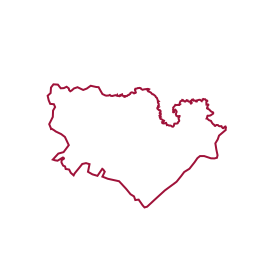 the district of Kolokani, Koulikoro, Mali, rotated 136°
{"feature_id": "8926073B69551700582235", "entity_name": "Kolokani", "entity_type": "district", "adm_level": 2, "iso_a3": "MLI", "parent_name": "Mali", "parent_adm1": "Koulikoro", "projection": "mercator", "projection_center": [-8.433, 13.688], "detail": "fine", "context": "isolated", "style": "outline", "palette": "rose", "viewbox_px": 256, "rotation_deg": 136, "n_neighbors": 0, "source": "geoboundaries", "source_scale": "gbopen_adm2", "svg_char_len": 4427}
<svg xmlns="http://www.w3.org/2000/svg" viewBox="0 0 256 256"><g transform="rotate(136 128 128)"><path d="M59.1,58.7L58.6,59.3L57.4,60.2L57.2,60.3L57.1,60.7L56.8,61.3L56.9,61.5L57.3,61.6L58.4,61.7L59.4,61.6L59.9,62.1L59.8,63.6L59.5,64.4L60.8,65.5L61.3,66.5L61.3,67.7L62.4,68.8L63.8,68.9L64.1,69.4L63.8,70.6L64.1,71.6L64.0,72.7L64.0,73.2L63.4,75.5L64.0,76.7L64.3,77.3L64.5,79.6L64.9,80.2L64.3,80.4L63.5,80.8L62.8,81.4L62.6,81.5L62.1,81.5L61.4,80.7L60.1,79.8L59.1,79.6L56.8,79.2L56.6,79.4L56.2,79.6L56.0,80.3L56.5,81.4L56.7,82.0L56.8,83.7L56.7,84.7L57.5,86.9L57.5,87.3L57.3,87.5L56.8,87.4L56.6,87.3L56.5,87.5L55.7,88.5L55.2,88.7L54.7,88.7L54.3,88.7L54.0,89.0L54.1,89.4L55.3,90.4L53.8,92.1L53.3,92.4L52.9,92.3L52.2,92.3L52.0,92.6L52.2,93.2L52.7,93.7L52.5,95.0L52.9,95.3L53.7,96.6L54.2,96.6L55.0,97.2L54.6,96.4L55.1,96.1L55.9,96.4L56.3,96.2L56.6,98.2L57.3,98.9L58.6,99.6L59.3,100.0L59.5,99.8L60.0,99.3L60.6,99.7L60.7,100.9L61.0,101.7L61.7,101.9L61.9,102.9L61.5,103.4L61.8,103.6L62.3,103.9L63.5,103.6L64.2,103.0L64.8,102.6L64.6,102.0L64.9,101.8L65.0,101.7L65.5,101.7L65.8,101.9L65.7,102.4L64.9,103.4L64.7,104.0L65.4,104.1L66.0,104.9L66.2,105.8L65.9,106.4L66.3,107.0L66.5,107.3L67.8,107.1L68.5,107.3L68.6,107.8L69.0,108.0L69.1,109.9L69.8,109.9L69.8,110.5L70.6,110.3L71.3,110.6L71.6,110.8L72.9,110.3L74.0,109.7L74.5,109.2L74.3,108.9L74.8,108.9L75.1,108.9L75.7,109.5L76.2,110.1L77.4,111.0L77.9,111.8L79.2,111.4L79.8,111.4L81.3,111.3L82.0,110.4L83.0,109.8L83.0,109.0L84.5,108.2L84.5,107.8L83.9,107.4L83.5,107.7L82.7,108.1L81.5,108.3L81.2,108.2L81.5,106.3L81.8,105.8L83.0,105.3L84.0,104.7L84.7,103.2L84.4,102.7L84.4,101.9L83.0,101.2L82.6,100.8L83.0,100.4L84.3,100.1L85.2,99.5L85.8,98.0L86.5,97.4L87.9,97.4L88.9,96.9L89.0,96.9L89.7,97.2L90.9,98.3L91.1,98.5L91.7,98.9L93.6,97.7L94.1,97.7L94.3,97.7L94.8,97.7L95.3,98.4L95.4,99.3L95.6,100.0L96.1,100.7L96.7,101.1L97.4,102.8L98.0,103.1L97.4,104.3L97.0,105.2L97.5,105.6L98.3,105.8L99.4,106.7L99.9,107.6L99.5,108.2L99.4,108.5L98.8,108.2L98.6,108.1L97.4,108.0L97.0,108.2L97.5,109.5L97.8,111.0L98.3,112.1L97.7,113.5L96.7,113.2L96.6,114.1L96.8,115.0L96.3,115.1L95.2,114.8L94.7,115.4L94.4,115.7L94.9,116.6L94.3,117.1L93.3,117.1L92.8,117.5L92.7,118.1L92.7,118.8L93.3,119.3L93.4,121.5L93.1,122.0L92.3,121.9L91.6,121.8L91.9,122.3L91.3,122.9L90.5,123.1L90.1,122.9L89.6,123.5L89.1,124.1L88.9,125.4L88.2,126.2L87.4,125.9L87.5,127.1L87.0,128.0L86.3,129.7L86.5,130.8L86.1,132.0L86.4,134.6L87.0,135.4L87.0,136.8L86.9,137.3L87.4,139.1L88.0,140.2L87.9,141.2L87.2,141.1L85.9,141.2L86.1,141.7L86.6,142.4L89.7,144.7L90.9,145.3L91.4,146.7L91.2,147.8L91.9,148.9L92.7,149.4L93.2,149.9L94.8,150.5L95.1,150.8L95.4,151.1L96.2,150.9L96.9,150.0L97.0,149.3L97.4,149.0L97.7,148.1L98.2,148.0L99.0,148.6L99.6,148.7L99.7,149.6L100.4,150.9L100.5,151.0L101.7,151.5L102.9,151.0L103.6,151.3L104.0,151.2L104.6,151.2L105.5,151.8L106.6,151.7L107.1,152.1L107.3,152.3L107.5,152.6L107.8,152.6L108.4,152.5L108.8,152.8L108.3,153.2L108.2,153.2L108.2,153.3L109.1,154.4L109.6,155.3L109.3,155.7L108.9,156.3L110.8,157.1L111.3,156.5L112.1,156.8L113.0,158.4L112.8,159.1L113.5,158.8L113.8,159.4L114.0,160.1L115.3,161.0L116.0,161.3L116.6,161.7L116.9,161.8L117.9,162.9L118.1,163.8L118.1,164.4L119.3,164.8L121.1,166.3L121.7,167.2L122.8,170.2L121.9,173.8L120.8,177.8L122.4,179.6L125.5,184.3L130.3,185.0L133.8,186.5L136.0,192.4L139.4,194.0L142.4,194.1L144.0,194.5L144.0,196.2L143.1,197.6L143.5,200.3L146.5,201.3L148.8,203.3L148.3,207.9L151.3,211.2L155.3,210.6L159.4,206.9L163.4,207.0L165.8,203.0L167.2,199.4L164.8,196.6L165.9,193.7L169.8,192.6L174.4,188.2L182.0,185.5L183.6,181.5L184.1,180.7L183.8,180.5L183.4,180.4L182.7,177.6L182.4,175.7L180.3,170.0L179.6,165.4L182.5,156.8L191.1,155.4L195.9,158.0L204.0,157.5L202.9,155.4L201.4,153.4L198.2,152.7L195.3,152.0L195.0,151.3L195.3,150.5L196.1,150.4L197.1,150.9L197.7,150.8L198.6,150.6L199.8,149.4L200.8,146.1L200.0,144.0L201.3,141.8L200.1,140.3L199.2,139.0L200.3,135.5L200.0,131.7L198.0,132.4L190.3,133.3L185.9,133.9L182.6,131.9L180.8,128.7L187.2,124.3L185.8,119.4L183.2,114.8L174.9,116.5L174.7,115.3L175.1,112.7L180.2,110.8L177.8,105.5L171.4,95.9L171.6,86.1L171.7,84.3L172.2,78.6L171.2,74.6L172.8,71.1L170.1,69.1L171.2,62.1L171.3,59.4L168.9,58.1L159.2,57.9L144.9,57.5L130.4,55.6L123.1,56.5L118.1,57.3L112.1,56.0L104.0,57.1L99.0,58.1L95.7,57.8L92.7,54.9L89.4,48.6L87.0,46.1L84.7,44.8L82.5,46.2L79.5,51.0L75.8,56.3L71.3,57.5L67.8,59.3L59.1,58.7Z" fill="none" stroke="#9f1239" stroke-width="2"/></g></svg>